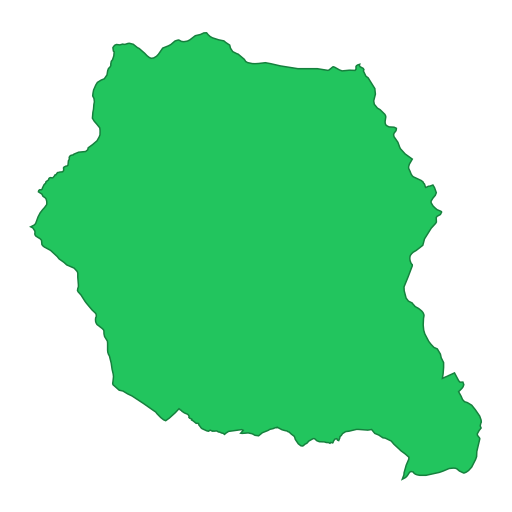 Colti, Buzau, Romania
{"feature_id": "2599482B71192083628389", "entity_name": "Colti", "entity_type": "district", "adm_level": 2, "iso_a3": "ROU", "parent_name": "Romania", "parent_adm1": "Buzau", "projection": "natural_earth1", "projection_center": [26.399, 45.4], "detail": "fine", "context": "isolated", "style": "filled", "palette": "green", "viewbox_px": 512, "rotation_deg": 0, "n_neighbors": 0, "source": "geoboundaries", "source_scale": "gbopen_adm2", "svg_char_len": 5920}
<svg xmlns="http://www.w3.org/2000/svg" viewBox="0 0 512 512"><path d="M402.3,479.2L405.2,477.7L406.2,476.9L407.3,475.7L409.2,472.8L410.2,471.8L411.1,471.5L413.2,472.0L414.1,473.3L415.5,474.2L417.1,474.8L419.6,475.3L426.0,475.3L439.3,472.4L443.0,471.1L449.1,468.5L453.3,468.1L455.3,468.2L456.8,468.8L459.4,471.0L463.6,473.0L464.5,472.9L466.3,472.1L468.6,470.5L471.7,467.1L475.6,459.4L476.6,456.6L476.8,451.5L479.8,438.8L479.6,438.1L477.4,435.2L477.3,433.8L479.2,430.4L481.1,428.0L480.2,425.9L480.7,423.6L481.3,422.1L481.1,420.1L479.7,416.1L475.3,409.7L471.7,405.2L467.4,402.6L464.5,401.7L462.5,399.5L461.2,396.4L458.6,391.7L461.8,388.5L463.0,386.9L463.8,384.7L462.9,382.1L460.0,382.2L458.6,380.6L454.5,372.9L442.4,378.4L443.1,373.8L443.6,367.5L443.6,362.6L441.2,357.8L440.4,354.1L437.3,348.9L433.9,347.4L430.9,344.2L428.8,341.5L424.8,333.9L423.7,330.2L423.2,325.0L423.5,318.5L424.0,315.6L423.8,314.4L423.0,312.6L421.7,311.0L418.9,308.7L414.7,306.3L414.6,305.8L413.2,304.4L412.2,303.0L408.4,301.1L406.1,298.1L404.2,290.8L404.0,286.9L408.2,276.6L412.3,265.8L412.2,264.5L411.5,264.0L410.9,262.9L410.1,260.7L409.8,258.8L409.9,256.9L410.3,255.5L411.6,253.7L413.2,252.2L416.1,250.5L422.8,245.3L424.5,238.9L431.2,228.2L435.6,223.4L436.4,222.0L436.2,217.6L437.1,216.3L440.4,214.5L441.6,212.1L441.4,211.6L440.5,211.1L437.1,209.7L434.9,207.8L433.0,205.9L431.1,202.7L431.1,201.1L432.8,198.3L435.3,195.3L436.3,192.7L434.5,187.6L432.9,185.0L430.0,186.1L428.3,186.3L425.8,187.5L425.4,187.0L424.5,184.1L423.4,182.9L423.1,182.0L421.2,180.5L413.3,176.8L412.2,175.8L411.0,173.8L410.0,171.2L408.7,168.5L408.6,167.6L408.7,166.3L409.4,164.1L412.3,159.1L405.2,154.0L400.4,148.7L399.6,147.0L397.9,142.3L394.0,136.7L393.6,134.8L394.0,133.3L396.0,130.7L396.3,129.4L396.4,128.3L394.1,127.2L389.1,126.9L387.2,126.0L385.8,124.9L385.2,123.3L385.1,121.5L385.8,116.9L385.5,115.6L384.8,114.3L380.1,109.7L377.4,108.1L374.3,104.3L373.7,100.9L375.4,94.1L374.9,89.5L374.9,88.7L368.1,77.8L365.9,76.2L363.4,71.0L363.9,69.6L363.2,68.4L359.9,66.6L359.4,65.4L359.7,64.3L357.8,64.9L356.5,65.7L356.0,66.5L356.0,69.2L355.1,70.4L349.4,70.2L342.1,70.9L339.6,70.0L335.0,67.4L333.6,66.8L332.8,66.9L329.0,70.0L328.0,70.4L317.4,68.7L298.0,68.7L280.3,65.9L270.8,63.7L265.4,62.7L258.5,63.5L255.0,63.7L252.3,63.6L247.6,62.6L245.7,61.5L244.3,59.3L238.1,54.1L236.8,53.7L232.7,51.6L230.5,48.2L229.7,45.1L225.8,42.5L223.9,40.9L218.6,39.8L212.4,37.8L210.1,36.5L208.1,34.7L206.6,32.8L203.9,32.9L200.4,34.5L195.3,35.7L189.8,39.9L187.4,41.1L183.8,41.7L181.4,41.4L178.8,40.0L177.5,40.2L175.0,41.0L170.9,44.5L168.5,45.8L162.7,48.1L158.5,54.2L156.5,56.3L153.6,58.0L151.1,58.3L149.3,57.5L147.1,55.8L144.6,53.2L139.2,48.5L137.4,47.6L133.3,44.3L129.5,43.3L128.1,43.4L125.3,44.3L124.2,44.4L122.6,44.1L119.8,44.9L116.5,44.5L114.8,45.2L113.7,46.4L112.9,47.7L113.4,51.1L114.2,51.8L113.8,55.9L112.5,59.8L111.3,61.3L110.8,63.9L110.8,65.6L110.1,66.9L108.5,68.5L107.7,70.6L107.0,74.9L104.3,78.8L101.1,80.1L97.4,82.4L95.8,85.0L93.6,90.0L93.0,93.2L92.7,95.9L94.0,98.5L94.4,101.9L93.9,104.3L93.5,109.2L92.9,112.3L92.4,118.2L94.3,121.3L97.0,124.4L99.8,127.9L100.1,130.8L100.0,134.8L99.2,136.9L97.0,140.8L92.7,144.5L88.2,147.8L87.7,149.8L85.6,151.5L78.6,152.2L73.8,154.2L73.3,154.8L70.8,155.4L70.1,155.9L69.5,156.7L69.2,157.4L69.3,159.2L68.4,160.8L68.0,165.1L67.0,166.0L65.7,166.2L63.9,167.2L63.5,167.9L63.7,169.7L63.6,170.6L62.6,171.8L59.6,172.1L59.1,172.4L58.1,172.4L57.4,172.7L55.9,174.8L55.2,174.8L54.7,175.3L54.4,176.1L53.0,177.6L52.3,177.9L50.6,177.6L49.8,177.8L49.0,178.4L48.4,180.0L46.0,181.7L45.7,183.1L44.1,184.6L42.5,187.9L42.1,189.2L41.0,189.9L39.9,189.7L39.3,190.0L38.7,190.6L38.4,191.8L41.9,194.1L43.0,196.3L45.2,197.8L46.0,198.8L46.7,201.1L46.8,203.0L46.7,204.6L44.5,207.6L42.6,209.7L40.2,212.8L38.1,216.8L35.6,223.6L34.1,225.1L30.7,226.8L32.8,227.9L34.8,230.9L35.0,232.4L34.8,233.9L35.1,235.0L36.1,236.3L40.2,238.8L41.5,240.3L41.9,244.5L42.7,245.7L44.3,247.0L50.6,250.4L57.3,256.6L59.1,258.9L64.0,262.4L66.7,264.9L74.1,268.1L77.3,271.6L77.8,273.3L77.8,277.3L78.4,284.9L78.4,286.8L77.8,288.5L77.5,290.5L78.2,291.9L81.0,295.0L85.0,301.3L86.5,303.3L92.0,309.9L95.2,312.9L96.1,314.2L96.3,315.2L96.2,316.9L95.7,317.7L95.5,319.4L95.6,321.3L96.0,322.7L97.0,324.5L102.2,328.5L103.4,329.7L103.9,330.7L104.0,333.9L104.6,336.6L107.4,341.1L107.6,343.3L107.6,350.2L107.8,352.2L108.5,354.4L109.4,355.9L111.2,363.1L112.1,369.3L113.2,374.0L113.5,376.6L113.0,381.3L112.7,383.3L113.0,384.7L119.2,390.2L122.9,391.0L127.7,393.9L131.9,395.9L143.5,403.5L152.9,410.1L155.7,412.0L157.0,413.7L160.8,417.6L163.6,419.8L165.7,420.7L169.3,418.1L175.4,412.6L179.0,408.7L179.7,409.2L180.2,409.9L181.3,410.4L181.9,411.2L184.4,412.9L187.7,414.3L188.5,415.2L189.1,416.5L188.9,417.4L189.7,418.2L191.7,419.1L191.9,419.3L191.6,420.0L193.2,420.9L196.1,423.3L198.5,423.4L199.0,425.2L200.0,426.3L201.1,427.9L202.1,428.7L206.7,430.8L208.3,431.2L208.7,431.2L209.6,430.4L210.4,430.2L212.4,431.2L213.0,430.9L213.7,431.2L216.6,430.9L218.5,432.0L219.3,432.0L221.9,433.1L223.2,433.3L224.5,434.4L226.1,433.0L228.6,431.4L241.7,429.6L243.2,430.3L240.7,433.2L242.2,433.4L248.2,432.9L252.3,433.8L255.0,435.3L258.6,435.8L262.4,432.7L267.9,430.5L270.0,429.3L273.2,428.6L275.2,427.7L277.0,427.7L277.2,427.2L281.9,429.7L285.4,430.7L286.6,430.8L288.2,431.8L289.1,432.0L291.2,434.0L294.1,436.2L294.7,437.3L295.3,439.4L298.3,443.8L300.9,445.8L302.6,446.0L303.3,445.7L305.1,444.1L306.8,443.3L308.9,441.0L313.2,438.6L314.6,438.7L316.8,440.7L319.3,441.7L324.4,441.9L326.2,442.5L328.6,442.6L330.0,443.3L330.8,442.4L332.7,442.9L333.2,442.1L333.7,440.7L335.1,439.0L336.8,438.7L337.5,440.1L338.7,440.6L339.8,437.9L340.0,436.5L341.3,435.5L342.5,433.6L345.7,431.6L348.9,431.2L356.4,429.4L358.3,429.4L367.8,430.1L371.6,429.5L374.8,433.4L378.7,435.0L382.9,437.8L385.2,438.1L391.2,441.0L393.9,444.2L401.2,451.0L404.9,453.7L408.9,457.2L408.8,459.1L406.2,465.2L404.1,472.7L403.9,474.9L402.3,479.2Z" fill="#22c55e" stroke="#15803d" stroke-width="1.5"/></svg>